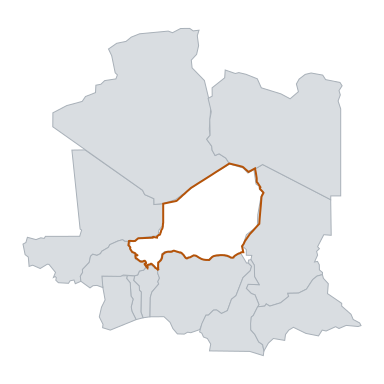 Niger highlighted among its neighbors
{"feature_id": "NER", "entity_name": "Niger", "entity_type": "country or territory", "adm_level": 0, "iso_a3": "NER", "parent_name": "Africa", "parent_adm1": "", "projection": "mercator", "projection_center": [6.366, 17.607], "detail": "fine", "context": "with_neighbors", "style": "outline", "palette": "amber", "viewbox_px": 384, "rotation_deg": 0, "n_neighbors": 11, "source": "natural_earth", "source_scale": "50m", "svg_char_len": 8621}
<svg xmlns="http://www.w3.org/2000/svg" viewBox="0 0 384 384"><path d="M330.7,199.7L331.2,235.3L323.8,234.7L317.6,246.7L319.4,248.7L316.6,251.4L317.6,255.1L314.5,262.0L317.5,261.4L319.3,264.8L319.4,269.9L322.5,272.5L322.4,274.6L317.0,276.1L312.7,279.6L306.5,289.1L298.5,293.1L287.8,293.3L288.6,296.4L280.6,302.8L269.8,306.1L266.2,303.9L264.7,306.1L257.6,306.8L258.9,304.5L255.0,294.9L251.3,293.5L246.3,288.4L248.1,284.3L259.2,284.7L254.6,276.8L254.3,265.2L250.9,259.6L251.8,255.4L246.3,255.2L246.3,249.6L242.7,246.3L246.4,234.7L257.3,226.3L257.8,214.6L261.1,196.3L262.9,192.4L259.4,189.3L259.2,186.3L256.0,184.0L253.9,169.6L262.6,164.5L330.7,199.7Z" fill="#d9dde1" stroke="#a8b0b8" stroke-width="1"/><path d="M29.1,266.4L28.3,257.1L25.1,254.6L23.0,244.1L25.9,242.5L27.4,237.3L36.0,239.6L40.8,237.8L44.2,238.4L45.4,236.4L79.7,236.3L81.6,230.1L80.1,229.0L71.9,150.1L85.0,149.9L142.6,190.3L144.7,194.6L153.9,198.7L154.0,204.5L163.5,203.6L163.5,224.3L158.9,230.2L158.1,235.7L138.9,237.9L135.7,241.0L124.8,241.4L122.6,239.7L117.9,241.0L109.9,244.6L108.3,247.4L101.7,251.3L100.5,253.6L96.9,255.4L92.8,254.2L90.5,256.3L89.2,262.4L82.4,269.6L82.6,272.5L80.3,276.2L80.9,281.3L75.3,283.7L74.0,280.0L70.1,280.8L68.5,283.3L58.4,282.7L55.8,280.2L56.3,277.6L55.2,276.6L53.4,277.5L55.5,272.4L49.0,264.4L47.3,264.2L40.2,268.5L32.7,265.2L29.1,266.4Z" fill="#d9dde1" stroke="#a8b0b8" stroke-width="1"/><path d="M150.0,316.8L143.0,317.8L140.9,311.9L141.3,292.1L139.5,290.3L139.2,286.0L133.6,280.4L134.7,275.8L137.7,274.9L139.4,271.0L143.6,270.2L148.3,265.1L151.4,265.0L157.9,270.1L157.6,273.0L159.5,278.1L157.8,281.6L158.7,284.0L151.9,292.0L150.3,297.4L150.0,316.8Z" fill="#d9dde1" stroke="#a8b0b8" stroke-width="1"/><path d="M150.0,316.8L150.3,297.4L151.9,292.0L158.7,284.0L157.8,281.6L159.5,278.1L157.6,273.0L158.5,262.3L160.9,258.7L162.1,253.7L164.4,251.8L173.6,250.7L182.1,254.0L185.3,257.3L189.7,257.5L193.7,255.3L204.1,259.9L208.4,259.6L213.5,255.9L218.5,256.2L220.9,254.9L232.2,258.0L238.8,253.1L240.9,253.5L246.6,263.1L248.2,262.9L251.6,266.3L250.2,270.8L243.0,277.6L236.0,295.6L231.5,299.2L227.4,310.6L221.5,313.5L216.7,310.0L213.5,310.1L208.4,315.1L205.9,315.2L199.7,329.6L190.8,332.7L187.6,332.2L184.3,334.1L177.4,333.9L172.9,328.6L170.1,322.4L164.0,316.7L150.0,316.8Z" fill="#d9dde1" stroke="#a8b0b8" stroke-width="1"/><path d="M250.9,259.6L254.3,265.2L254.6,276.8L259.2,284.7L248.1,284.3L246.3,288.4L251.3,293.5L255.0,294.9L258.9,304.5L253.3,315.5L251.3,317.1L250.8,329.9L254.8,334.4L258.7,341.9L262.6,344.6L263.9,351.0L263.3,355.6L249.6,351.4L209.5,350.9L210.7,344.1L207.4,338.5L203.5,337.0L201.8,333.2L199.6,331.9L201.9,323.5L205.9,315.2L208.4,315.1L213.5,310.1L216.7,310.0L221.5,313.5L227.4,310.6L231.5,299.2L236.0,295.6L243.0,277.6L250.2,270.8L251.6,266.3L248.2,262.9L248.5,260.1L250.9,259.6Z" fill="#d9dde1" stroke="#a8b0b8" stroke-width="1"/><path d="M134.7,275.8L133.6,280.4L139.2,286.0L139.5,290.3L141.3,292.1L140.9,311.9L143.0,317.8L136.1,319.6L131.9,311.2L131.2,306.9L133.1,299.1L131.0,296.0L130.2,282.8L126.6,278.4L127.2,275.7L134.7,275.8Z" fill="#d9dde1" stroke="#a8b0b8" stroke-width="1"/><path d="M127.2,275.7L126.6,278.4L130.2,282.8L131.0,296.0L133.1,299.1L131.2,306.9L131.9,311.2L136.1,319.6L110.3,330.1L102.6,327.7L103.0,324.3L99.3,316.9L101.5,307.2L105.1,299.9L101.7,281.1L101.9,276.1L127.2,275.7Z" fill="#d9dde1" stroke="#a8b0b8" stroke-width="1"/><path d="M80.9,281.3L80.3,276.2L82.6,272.5L82.4,269.6L89.2,262.4L90.5,256.3L92.8,254.2L96.9,255.4L100.5,253.6L101.7,251.3L108.3,247.4L109.9,244.6L117.9,241.0L122.6,239.7L124.8,241.4L130.2,241.4L129.6,245.6L130.7,249.7L135.5,255.4L135.8,259.6L145.6,261.6L145.5,267.6L143.6,270.2L139.4,271.0L137.7,274.9L134.7,275.8L123.3,275.0L120.5,276.4L101.9,276.1L102.9,287.6L97.0,285.4L93.0,285.7L90.0,287.9L80.9,281.3Z" fill="#d9dde1" stroke="#a8b0b8" stroke-width="1"/><path d="M361.0,325.6L358.1,326.5L346.2,325.4L339.0,328.5L335.6,326.7L326.1,331.0L322.2,330.1L318.5,335.9L305.9,333.4L293.4,327.3L288.8,330.1L285.5,334.5L284.7,340.4L273.4,338.5L268.4,343.1L263.9,351.0L262.6,344.6L258.7,341.9L254.8,334.4L250.8,329.9L250.6,323.7L251.3,317.1L253.3,315.5L257.6,306.8L264.7,306.1L266.2,303.9L269.8,306.1L280.6,302.8L288.6,296.4L287.8,293.3L298.5,293.1L306.5,289.1L312.7,279.6L317.0,276.1L322.4,274.6L323.4,278.3L328.3,283.7L327.5,293.6L341.7,303.3L341.7,306.1L351.0,314.3L353.2,319.5L359.6,322.9L361.0,325.6Z" fill="#d9dde1" stroke="#a8b0b8" stroke-width="1"/><path d="M52.8,126.8L52.9,112.8L66.7,105.6L82.2,101.4L85.5,96.5L95.5,92.6L95.9,85.2L100.8,84.3L104.7,80.6L115.9,78.9L117.4,74.9L115.2,72.8L111.7,55.7L108.5,49.0L116.7,43.3L126.0,41.4L131.3,37.1L139.6,33.8L168.2,31.1L172.5,32.7L180.6,28.5L189.7,28.4L193.2,30.9L199.0,30.2L197.3,35.7L198.6,45.7L196.6,54.4L191.3,60.1L192.1,67.9L204.4,80.5L210.8,107.1L209.3,129.3L210.1,135.3L206.7,139.3L211.7,146.2L212.1,150.2L215.1,155.5L219.1,153.8L225.8,158.1L229.6,164.0L200.3,181.6L175.6,199.5L163.5,203.6L154.0,204.5L153.9,198.7L144.7,194.6L142.6,190.3L52.8,126.8Z" fill="#d9dde1" stroke="#a8b0b8" stroke-width="1"/><path d="M340.7,108.9L340.7,195.9L330.8,195.9L330.7,199.7L262.6,164.5L247.9,173.1L243.1,168.0L229.6,164.0L225.8,158.1L219.1,153.8L215.1,155.5L212.1,150.2L211.7,146.2L206.7,139.3L210.1,135.3L209.8,119.6L211.3,111.7L208.1,98.4L212.2,96.1L212.1,87.8L224.7,77.8L225.2,70.0L235.3,73.5L238.8,72.6L246.0,74.3L257.3,78.8L261.3,87.8L281.0,93.9L290.1,98.8L298.4,91.7L296.4,84.0L299.1,79.1L305.2,74.4L311.1,73.0L322.7,75.1L325.6,79.6L340.0,82.5L342.1,85.8L339.0,90.6L340.3,94.9L338.1,101.0L340.7,108.9Z" fill="#d9dde1" stroke="#a8b0b8" stroke-width="1"/><path d="M243.3,252.2L241.8,252.2L240.9,252.5L239.8,253.3L238.5,253.6L237.0,254.4L236.1,255.0L235.2,255.5L233.9,256.6L233.5,257.5L232.3,257.7L230.6,257.5L229.5,256.7L227.0,255.7L225.3,255.4L224.6,255.2L220.7,255.1L216.6,255.4L214.5,255.9L214.1,256.0L212.9,256.5L211.9,257.2L209.2,260.0L205.7,259.9L203.6,259.6L201.8,259.1L199.3,257.8L196.2,255.8L195.0,255.5L194.0,255.4L193.6,255.4L189.9,257.4L189.2,257.4L188.3,257.6L187.8,258.1L187.3,258.3L186.9,258.4L186.3,258.3L185.8,258.0L185.2,257.4L183.7,255.1L183.4,254.8L182.7,254.1L181.6,253.0L180.9,252.6L180.4,252.4L179.9,252.5L176.9,251.6L174.0,250.7L173.3,250.8L172.9,251.0L171.8,251.7L170.6,251.8L169.1,251.8L168.3,251.7L166.9,251.9L166.0,252.2L164.8,252.7L163.3,253.9L162.9,254.1L162.5,254.3L162.0,257.9L161.6,258.9L160.8,260.3L159.3,261.7L158.2,262.5L158.2,263.6L158.1,265.3L158.1,266.6L158.2,267.4L158.0,267.7L157.9,268.1L158.0,268.6L158.2,268.8L158.4,269.2L158.3,269.4L157.8,269.7L157.2,269.0L156.5,268.4L155.8,268.1L155.2,267.7L155.0,267.2L154.0,266.1L151.6,263.9L151.4,263.8L151.0,263.7L150.4,264.0L150.0,264.4L149.7,264.5L149.2,264.5L148.1,264.8L147.3,265.2L147.2,265.4L147.7,267.1L147.5,268.0L147.1,267.6L145.8,265.9L144.9,264.7L144.8,264.4L144.6,264.0L144.7,263.8L145.1,263.7L145.9,263.5L146.0,263.4L146.1,263.0L145.9,262.4L145.5,261.5L145.0,261.0L144.8,260.8L144.3,260.8L143.8,260.9L142.8,261.6L142.3,261.7L141.3,261.7L140.4,261.5L139.9,261.2L138.2,259.8L136.4,258.3L135.7,258.1L135.4,256.8L135.4,255.5L135.5,255.1L136.2,255.4L137.0,255.5L137.3,255.2L136.7,254.7L135.7,254.2L135.4,253.5L135.1,253.2L134.7,253.0L134.2,252.8L133.8,252.6L133.4,252.4L132.9,252.3L132.3,252.2L131.5,251.0L130.7,249.8L130.2,248.9L130.1,248.3L130.3,247.4L130.1,247.0L129.2,246.1L128.4,245.2L128.6,243.8L128.8,242.6L128.8,241.9L128.9,241.5L129.0,241.0L129.5,240.9L130.7,240.9L133.2,241.1L135.1,240.9L136.6,239.6L138.2,238.3L140.5,238.2L142.9,238.1L144.9,238.0L147.7,237.9L150.0,237.8L152.7,237.7L152.8,237.1L153.2,236.9L155.1,237.3L157.0,237.6L157.1,236.4L158.7,235.0L159.7,234.8L159.9,234.5L160.2,234.0L160.4,233.3L160.4,232.8L160.8,232.3L161.0,231.5L161.3,230.1L162.3,228.7L162.8,226.7L162.9,224.8L163.0,223.3L163.2,223.0L163.2,220.4L163.2,217.7L163.2,215.5L163.2,212.7L163.2,210.3L163.2,207.6L163.2,205.3L163.2,203.7L165.0,203.3L167.0,202.9L169.8,202.3L172.8,201.7L176.2,201.0L176.9,200.6L179.4,198.3L180.6,197.3L182.8,195.2L184.6,193.7L186.8,191.6L189.1,189.6L191.0,187.9L193.9,186.1L198.3,183.3L202.8,180.5L207.2,177.7L211.6,174.9L216.0,172.0L220.5,169.2L224.9,166.4L229.3,163.5L233.8,164.6L238.0,165.6L242.2,166.7L243.2,167.2L245.5,169.3L248.4,171.8L248.5,171.9L251.4,170.4L255.0,168.4L256.0,173.7L256.7,178.3L256.7,181.2L256.8,182.0L257.1,182.5L257.7,183.0L260.4,187.2L259.8,187.9L260.2,189.2L260.9,189.8L263.2,192.3L263.5,192.8L263.3,193.2L261.8,196.1L261.5,196.8L261.2,200.5L261.0,203.1L260.7,206.7L260.3,211.0L260.0,214.6L259.6,219.3L259.3,223.8L257.0,226.2L253.1,230.6L249.8,234.1L248.2,236.4L245.0,241.0L243.6,244.0L242.5,245.5L242.0,246.2L242.5,248.4L243.3,252.2Z" fill="none" stroke="#b45309" stroke-width="2"/></svg>